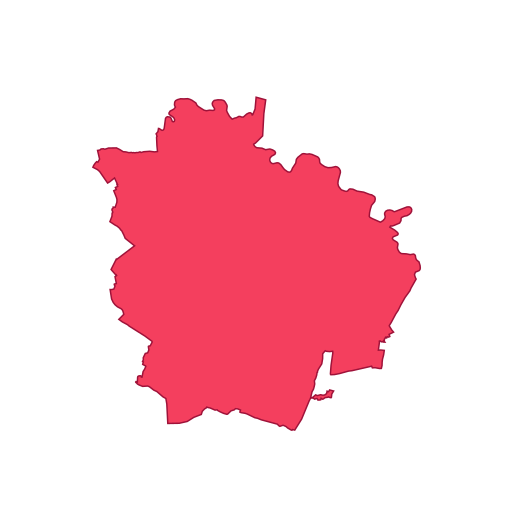 Comarna, Iasi, Romania (Mercator projection), rotated 336°
{"feature_id": "2599482B53302067046585", "entity_name": "Comarna", "entity_type": "district", "adm_level": 2, "iso_a3": "ROU", "parent_name": "Romania", "parent_adm1": "Iasi", "projection": "mercator", "projection_center": [27.796, 47.075], "detail": "fine", "context": "isolated", "style": "filled", "palette": "rose", "viewbox_px": 512, "rotation_deg": 336, "n_neighbors": 0, "source": "geoboundaries", "source_scale": "gbopen_adm2", "svg_char_len": 6118}
<svg xmlns="http://www.w3.org/2000/svg" viewBox="0 0 512 512"><g transform="rotate(336 256 256)"><path d="M393.4,337.2L395.1,335.6L399.1,335.7L400.3,335.1L401.2,333.8L402.0,331.5L402.5,327.7L401.3,325.4L401.0,324.2L401.1,322.7L401.7,320.6L401.7,319.9L401.2,318.8L400.7,318.3L397.5,317.5L394.4,315.3L390.3,313.2L389.4,312.5L388.5,310.7L388.2,307.5L388.6,305.8L390.6,302.8L390.7,301.9L390.4,300.7L387.9,297.0L387.7,295.5L388.5,294.6L389.4,294.3L393.9,294.4L394.8,293.7L395.0,293.0L394.6,291.5L393.2,288.7L390.0,284.1L391.1,283.3L392.5,284.0L394.3,284.2L400.6,284.3L402.8,282.7L403.8,280.7L404.9,280.0L407.8,280.0L410.4,280.6L413.0,280.3L414.7,279.7L416.3,278.5L417.2,276.8L417.2,275.4L416.7,274.2L415.9,273.4L413.9,272.6L400.7,271.9L400.1,271.6L398.9,269.9L397.0,268.4L394.8,267.7L392.6,267.9L391.0,269.1L390.5,270.1L390.0,272.8L388.7,274.3L386.2,275.4L383.4,275.7L377.5,269.2L375.8,267.0L375.6,265.8L377.4,262.6L379.7,259.5L382.2,256.7L386.6,254.5L387.9,252.8L388.4,251.6L388.5,250.1L386.6,247.2L385.0,246.1L380.4,241.5L374.7,237.8L371.7,234.4L369.1,232.9L367.9,233.0L366.1,233.9L364.8,233.7L363.6,232.9L361.0,230.4L360.6,229.5L359.8,226.0L360.2,223.3L361.6,220.8L367.1,214.0L367.7,212.4L367.6,210.3L367.2,209.0L366.5,207.8L365.2,206.7L361.1,205.9L357.7,204.6L355.2,202.4L353.0,199.0L352.3,197.1L352.4,196.1L353.3,193.5L353.1,191.6L352.6,190.5L348.5,186.0L346.3,184.4L344.0,183.7L341.3,181.9L339.7,181.5L334.3,182.9L332.2,184.1L330.1,187.3L325.0,190.6L323.3,192.3L321.8,193.1L320.8,193.1L319.2,192.0L317.2,188.6L316.6,186.4L315.8,182.5L314.6,180.3L313.2,179.4L309.4,178.7L308.3,178.0L307.7,177.0L307.4,176.1L307.4,174.5L307.6,173.8L308.6,172.3L310.7,171.2L314.6,170.8L315.8,169.7L315.8,168.0L314.4,165.9L312.7,164.3L311.9,163.8L308.0,162.8L305.3,159.9L300.7,157.4L299.6,155.7L299.2,153.9L299.3,152.9L301.5,152.6L310.9,149.0L321.1,129.1L328.4,117.3L320.7,111.0L314.9,121.4L310.5,125.6L309.9,125.6L310.0,124.3L309.3,123.0L307.9,122.4L305.3,122.5L301.0,123.9L299.5,123.3L298.3,122.1L297.1,121.5L294.3,121.7L292.4,121.3L289.9,121.3L288.6,117.7L288.2,113.1L288.3,111.1L290.5,107.6L290.8,106.4L290.5,103.0L290.0,101.3L289.4,100.5L288.0,99.4L284.7,97.8L281.1,96.9L279.5,97.5L278.3,98.5L277.9,99.2L277.6,100.7L278.1,104.5L277.5,105.6L276.0,105.6L272.9,103.9L269.7,103.1L267.8,101.6L264.1,96.0L263.4,94.3L263.3,91.7L260.8,87.6L259.3,85.9L257.6,84.5L253.9,83.1L251.1,81.7L247.8,81.2L245.7,81.4L244.3,82.4L243.1,84.5L242.8,85.7L243.0,87.2L240.7,88.4L236.4,88.7L234.6,90.0L234.3,91.0L234.6,91.9L236.5,94.8L237.2,96.6L237.1,98.6L236.1,99.8L235.1,99.8L234.3,99.1L234.4,95.3L233.9,94.1L231.7,92.7L230.4,92.8L229.3,93.5L224.0,102.1L223.0,103.0L221.9,103.2L221.1,102.9L219.5,100.3L218.8,99.8L217.0,102.5L214.4,103.8L214.5,105.0L214.2,106.0L214.3,106.4L213.5,107.0L213.2,107.7L210.3,115.1L208.5,120.5L205.6,119.6L201.5,117.1L195.9,115.1L193.1,114.7L192.4,113.7L190.3,113.5L188.8,112.8L187.3,112.5L186.2,111.7L185.2,111.5L184.3,110.7L181.9,109.9L179.5,108.0L177.1,106.7L174.8,103.3L172.5,100.5L165.2,97.4L161.3,97.0L160.3,96.0L158.0,95.2L156.4,95.7L154.2,95.1L152.5,103.9L149.7,106.0L148.8,105.0L146.9,105.8L144.6,107.2L143.1,108.6L146.3,112.6L147.5,115.2L150.1,129.0L152.6,128.7L158.5,127.2L158.6,134.2L158.1,134.0L157.9,136.2L155.4,136.2L155.4,138.4L152.6,138.5L152.3,145.8L151.9,148.0L150.7,150.4L147.2,154.2L145.4,153.2L145.0,154.0L143.5,154.6L143.1,155.5L143.1,157.1L142.7,158.1L142.0,158.3L140.6,161.1L136.5,165.2L139.8,170.4L141.3,172.3L142.7,175.2L143.0,177.1L143.6,178.3L143.8,183.4L143.7,186.7L149.2,197.3L127.1,202.5L127.0,202.1L118.1,209.4L120.2,216.2L120.6,216.2L120.7,217.2L118.8,217.5L117.2,224.4L115.2,224.0L114.8,224.6L115.0,226.0L114.8,226.3L112.7,228.4L110.3,227.9L109.1,227.3L106.6,236.5L106.7,240.4L107.4,243.2L108.8,246.1L111.3,249.3L111.9,250.6L112.0,252.4L111.5,255.5L104.9,258.1L107.1,261.9L110.7,266.5L111.7,268.6L122.0,284.0L126.3,291.6L126.0,292.5L122.9,295.0L121.1,294.7L120.8,295.0L119.9,298.2L117.7,300.4L115.2,300.0L111.6,303.1L110.8,305.1L109.4,306.3L110.0,307.0L108.4,308.9L110.5,311.7L110.4,312.1L108.2,314.1L105.9,315.6L102.6,320.3L102.0,320.0L102.2,319.0L101.7,318.4L100.3,317.9L99.1,318.0L98.5,318.7L96.4,322.8L95.4,321.9L94.8,322.2L94.8,322.7L95.2,323.3L95.6,324.7L96.6,326.1L99.4,329.0L104.1,330.7L105.4,332.0L108.1,337.0L110.3,339.5L113.7,346.8L115.7,349.5L114.3,355.0L107.3,373.1L117.9,377.6L125.9,379.2L133.6,378.1L141.6,378.5L143.8,376.0L147.0,374.7L148.3,374.7L149.6,374.0L150.5,374.9L152.2,376.1L155.9,380.1L157.9,380.7L158.2,381.6L159.8,383.7L162.3,386.5L164.9,388.7L165.8,388.9L170.2,387.3L173.7,387.7L175.1,387.1L177.1,388.2L179.2,390.4L177.8,392.0L178.6,393.0L182.1,395.3L183.7,396.8L189.2,403.3L191.3,404.8L194.2,407.8L207.1,418.3L207.8,420.3L208.5,421.3L211.7,421.6L212.3,422.0L214.2,424.2L214.9,425.9L217.2,429.1L218.0,429.8L218.8,429.4L220.6,430.8L231.3,423.6L245.5,410.1L248.2,407.9L249.6,408.7L250.2,408.5L251.3,410.6L253.7,410.9L253.9,411.7L253.9,412.7L255.1,413.3L256.6,413.7L257.6,412.5L258.4,413.8L259.3,414.0L261.4,413.5L264.3,414.3L264.8,414.1L266.1,415.5L267.0,416.0L267.4,415.8L269.1,412.9L272.0,410.9L268.8,408.3L267.2,409.4L266.7,409.4L266.0,408.4L264.5,410.4L262.2,410.9L260.5,410.4L258.6,409.0L255.3,408.5L254.0,407.1L250.0,408.3L248.4,407.5L252.0,402.8L254.3,401.1L256.1,398.9L257.6,396.8L258.6,393.7L260.9,391.9L263.0,389.5L264.3,387.4L265.0,387.1L265.3,386.3L267.1,384.7L272.2,381.3L275.1,376.9L277.2,372.4L280.7,370.7L281.4,371.6L284.4,373.3L287.3,374.2L286.8,375.7L280.1,386.4L276.1,393.8L275.9,394.7L276.1,394.9L279.4,396.2L284.6,397.4L293.8,398.8L297.0,399.8L316.8,403.7L316.8,405.5L319.4,406.5L323.2,409.1L324.8,409.7L326.6,407.3L328.0,404.4L329.6,401.7L332.4,398.2L334.8,394.4L331.7,392.6L329.5,391.8L333.8,384.8L334.0,384.0L334.8,384.0L335.8,385.5L337.0,385.7L337.1,386.3L338.7,387.1L338.4,385.3L338.9,385.3L339.5,384.1L340.3,383.9L341.1,383.0L341.6,382.9L342.1,384.0L343.1,383.2L344.1,384.0L345.5,384.0L345.7,381.7L350.7,381.5L349.9,378.8L349.3,374.0L349.8,373.5L352.4,371.8L360.1,365.8L363.6,363.6L368.5,359.5L375.3,354.5L382.4,350.4L384.5,348.4L392.9,342.2L392.8,341.0L393.0,338.5L393.4,337.2Z" fill="#f43f5e" stroke="#9f1239" stroke-width="1.5"/></g></svg>